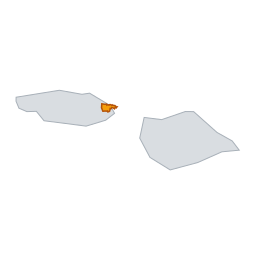 location of Falelatai & Samatau, Aiga-i-le-Tai, Samoa, rotated 171°
{"feature_id": "51752279B18157705757653", "entity_name": "Falelatai & Samatau", "entity_type": "district", "adm_level": 2, "iso_a3": "WSM", "parent_name": "Samoa", "parent_adm1": "Aiga-i-le-Tai", "projection": "albers", "projection_center": [-172.03, -13.899], "detail": "fine", "context": "in_parent", "style": "filled", "palette": "amber", "viewbox_px": 256, "rotation_deg": 171, "n_neighbors": 0, "source": "geoboundaries", "source_scale": "gbopen_adm2", "svg_char_len": 1933}
<svg xmlns="http://www.w3.org/2000/svg" viewBox="0 0 256 256"><g transform="rotate(171 128 128)"><path d="M92.9,80.0L110.9,95.5L118.0,116.2L110.4,135.9L93.4,131.0L68.8,135.3L60.6,133.9L40.8,109.7L27.1,98.9L21.6,88.7L39.0,89.8L64.5,83.0L92.9,80.0ZM233.7,175.9L189.9,176.0L168.2,168.5L160.5,168.4L141.9,152.8L139.0,144.6L148.8,139.2L169.1,136.4L209.8,148.3L215.9,158.8L225.3,160.0L232.6,164.6L234.4,172.0L233.7,175.9Z" fill="#d9dde1" stroke="#a8b0b8" stroke-width="1"/><path d="M144.6,147.1L144.3,147.2L143.5,147.5L142.7,149.6L142.6,150.0L142.4,149.9L142.2,149.9L141.8,149.7L141.6,149.7L141.0,150.8L140.7,150.7L140.1,150.5L139.4,150.1L139.2,149.9L139.0,149.7L138.9,149.6L138.3,149.0L138.1,149.2L138.0,149.4L137.9,149.5L137.8,149.8L137.6,149.9L137.5,150.2L137.4,150.3L137.2,150.3L137.0,150.5L136.6,150.1L136.3,149.8L136.0,150.2L135.8,150.4L135.7,150.5L135.8,150.5L136.1,150.7L136.3,150.8L136.5,150.9L136.7,151.0L136.8,151.2L136.9,151.3L136.9,151.6L137.0,151.6L137.2,151.8L137.3,151.8L137.4,152.0L137.5,152.0L137.8,152.2L137.8,152.3L138.0,152.3L138.3,152.4L138.5,152.5L138.8,152.6L139.0,152.7L139.1,152.8L139.3,152.8L139.5,152.8L139.6,153.0L139.7,152.9L139.8,152.9L139.9,153.0L140.1,153.0L140.1,152.9L140.3,152.9L140.4,153.0L140.5,153.0L140.6,153.3L140.8,153.4L141.1,153.5L141.4,153.6L141.5,153.7L141.7,153.8L141.8,153.9L142.0,153.9L142.3,153.9L142.5,153.8L142.6,153.7L142.8,153.6L143.0,153.7L143.0,153.8L143.3,153.7L143.4,153.8L143.6,153.8L143.8,153.8L144.0,153.8L144.1,154.0L144.3,154.0L144.5,154.0L144.8,154.1L145.0,154.3L144.9,154.3L145.0,154.4L145.2,154.5L145.3,154.4L145.3,154.5L145.5,154.5L145.7,154.8L145.7,155.0L147.1,155.0L149.8,155.9L150.1,156.0L151.0,152.1L150.2,148.5L149.3,148.4L148.9,148.4L148.7,148.4L147.9,148.3L147.7,148.2L147.3,148.2L147.2,148.2L146.8,148.1L146.7,148.0L146.4,148.0L146.2,148.0L145.7,148.1L145.5,147.9L145.6,147.6L145.5,147.1L144.6,147.1Z" fill="#f59e0b" stroke="#b45309" stroke-width="1.5"/></g></svg>